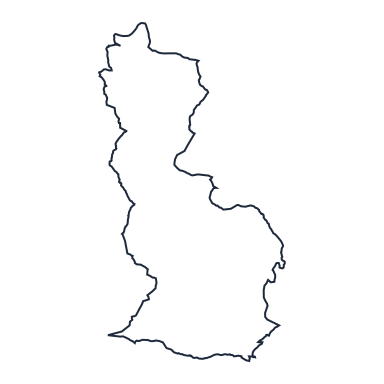 outline of Scarisoara, Alba, Romania
{"feature_id": "2599482B60585043995143", "entity_name": "Scarisoara", "entity_type": "district", "adm_level": 2, "iso_a3": "ROU", "parent_name": "Romania", "parent_adm1": "Alba", "projection": "equal_earth", "projection_center": [22.873, 46.485], "detail": "fine", "context": "isolated", "style": "outline", "palette": "slate", "viewbox_px": 384, "rotation_deg": 0, "n_neighbors": 0, "source": "geoboundaries", "source_scale": "gbopen_adm2", "svg_char_len": 6017}
<svg xmlns="http://www.w3.org/2000/svg" viewBox="0 0 384 384"><path d="M249.2,361.0L249.8,358.2L249.0,356.4L252.8,356.5L252.9,357.0L253.8,357.2L254.3,356.9L255.0,357.2L254.9,356.7L252.7,356.2L252.8,355.6L252.5,354.8L252.6,353.5L253.2,351.5L255.2,349.0L257.1,347.6L258.6,345.8L260.3,344.5L261.3,344.2L262.0,343.5L262.4,342.2L261.0,342.1L259.3,342.3L258.2,342.1L259.9,340.5L262.3,339.3L264.3,337.3L266.5,335.6L266.4,334.9L266.7,334.8L268.1,335.1L268.9,335.7L269.2,335.3L269.5,334.1L270.7,332.0L273.7,329.4L274.7,328.0L275.6,327.3L276.5,327.1L279.1,325.4L267.4,319.6L265.4,317.3L265.2,316.5L265.1,312.9L266.4,309.3L267.0,307.2L267.6,306.0L267.0,303.4L266.2,302.4L264.5,299.1L263.8,297.3L263.7,290.1L264.5,285.6L266.3,283.6L268.1,279.9L270.7,282.3L274.1,281.9L274.5,281.5L274.4,280.3L275.2,277.3L275.2,275.0L273.3,270.7L272.7,270.3L272.7,269.4L275.1,265.9L276.2,263.4L277.1,263.0L278.1,262.9L278.8,263.1L279.6,265.6L279.5,267.4L279.9,267.8L282.4,268.4L283.3,267.9L283.7,267.2L283.8,264.7L284.7,263.7L284.8,262.0L284.0,261.0L282.7,260.6L281.8,259.6L281.6,258.6L281.7,257.6L282.3,256.9L281.6,254.7L281.6,253.9L281.0,252.6L281.5,251.3L281.4,250.9L281.6,250.5L281.7,248.6L283.1,246.0L282.7,244.6L281.2,241.4L278.6,238.1L275.5,234.6L273.3,233.2L272.4,231.3L271.6,230.4L271.4,229.3L270.0,227.9L269.1,225.7L268.8,223.8L267.6,223.1L266.4,220.4L265.4,220.0L263.6,217.5L263.8,216.4L263.5,214.9L262.8,214.5L262.5,213.9L261.5,214.0L261.0,213.6L260.7,212.9L259.2,211.2L259.1,210.0L256.9,208.1L255.7,207.9L253.8,206.3L250.5,205.4L245.5,206.7L241.1,206.3L238.3,205.0L237.2,205.0L230.8,208.8L223.4,209.6L220.7,207.6L219.4,207.5L217.5,205.6L216.3,205.7L214.2,204.1L212.3,203.3L209.8,198.7L209.6,197.3L210.4,194.7L211.1,191.7L211.7,191.1L213.2,188.8L214.3,188.0L216.3,187.9L215.0,187.1L213.5,186.5L213.1,185.8L213.1,185.0L212.8,184.8L212.5,183.5L211.2,180.9L210.1,179.6L211.4,178.5L212.1,177.2L210.6,176.7L208.7,175.6L198.1,174.4L192.2,175.4L190.0,174.5L189.1,173.7L187.7,173.4L185.4,172.0L182.7,170.9L179.8,170.3L177.2,168.0L174.4,164.9L174.5,162.4L175.1,159.2L177.1,155.0L184.5,151.0L187.7,145.1L194.6,133.5L192.3,132.5L192.1,131.8L190.7,131.0L189.3,129.3L189.5,127.9L189.2,127.5L189.3,125.7L190.0,125.4L190.2,124.8L189.6,119.4L189.7,117.8L190.3,116.0L192.3,114.8L193.7,112.8L193.9,109.9L196.0,107.1L196.8,105.6L199.3,104.5L200.5,101.9L203.1,99.8L205.9,95.8L205.8,95.4L208.2,92.5L207.5,91.0L206.6,89.8L205.3,89.6L202.8,86.4L201.5,85.9L200.3,85.1L199.3,82.9L198.8,80.1L199.5,79.2L200.5,76.4L199.2,74.7L198.2,72.0L197.6,68.1L197.6,67.1L197.0,65.9L196.5,63.5L197.2,62.1L198.5,60.8L195.4,59.9L190.0,59.3L189.3,59.2L187.9,58.0L184.1,57.5L182.2,56.5L180.3,54.7L178.2,54.2L176.7,53.5L175.4,53.3L163.3,53.4L160.0,53.0L157.9,52.3L154.8,50.6L153.9,50.5L153.0,50.9L152.4,50.6L148.3,47.0L149.9,42.7L149.9,40.3L148.9,37.1L148.6,33.6L146.0,25.2L145.4,23.8L145.0,23.4L141.5,23.0L140.3,23.5L138.7,24.6L137.7,25.6L136.3,28.4L134.5,30.7L132.3,33.2L129.5,35.4L127.6,35.9L123.1,36.1L119.8,35.4L115.6,34.0L114.7,34.5L114.0,35.6L114.4,38.1L114.1,39.6L115.0,42.9L120.5,45.8L117.4,44.8L115.7,44.6L110.3,45.8L108.8,45.7L108.5,46.9L107.5,46.8L106.6,48.2L106.3,49.1L107.6,52.0L107.3,55.7L108.3,60.3L108.1,62.1L109.3,66.6L111.1,68.0L111.7,70.4L109.2,70.5L105.8,69.3L104.4,69.3L103.8,69.5L101.4,71.6L99.2,72.3L99.2,72.8L100.4,75.0L99.7,76.3L101.7,77.4L103.6,79.9L104.8,82.0L104.9,83.4L104.7,83.7L104.7,84.5L106.4,85.8L106.3,86.1L104.9,86.4L104.5,86.8L103.9,88.4L103.7,89.9L104.3,91.5L104.3,93.9L105.8,94.7L106.5,96.6L107.2,97.7L107.0,99.6L106.4,101.7L106.8,104.9L114.6,107.9L115.4,113.6L117.3,116.9L119.1,118.7L118.5,121.5L118.9,123.0L120.0,123.0L120.2,123.9L120.0,125.0L120.2,126.5L120.1,127.7L126.4,131.0L126.3,131.3L123.9,132.5L121.9,135.3L121.1,135.9L118.8,138.6L116.6,141.6L115.5,143.9L115.7,144.9L116.1,145.6L115.9,146.3L116.1,147.0L115.9,147.8L116.4,148.6L115.8,149.4L114.1,150.2L113.1,151.2L113.1,152.9L112.3,154.1L111.9,156.2L112.0,157.2L111.5,158.2L111.6,160.5L111.3,161.0L109.7,161.5L109.5,164.7L110.1,165.6L111.7,166.6L114.8,171.0L116.4,172.0L117.8,174.0L118.3,174.2L118.5,177.2L119.7,179.7L119.4,180.1L119.1,182.1L119.9,182.8L120.6,182.6L121.4,183.9L121.0,185.2L121.6,186.2L123.3,187.7L123.9,189.1L125.8,191.3L125.9,192.3L127.0,194.3L127.4,195.7L129.9,200.3L130.4,200.8L131.8,201.3L132.3,202.3L133.4,203.4L134.4,203.8L134.3,204.8L132.4,206.0L131.8,206.9L130.9,207.7L130.2,209.8L129.2,211.6L128.8,213.4L128.6,215.5L128.2,215.8L128.6,217.0L127.9,219.4L127.8,222.0L127.5,224.1L126.3,225.9L125.4,226.6L125.3,227.5L124.7,228.2L124.2,230.8L123.5,232.8L122.5,233.3L122.0,233.9L122.5,234.2L125.0,240.8L127.4,253.5L130.7,254.7L131.7,255.8L132.6,255.9L132.3,257.1L132.4,258.3L133.1,258.8L134.3,260.8L134.8,261.8L134.9,263.0L136.7,264.3L141.0,264.7L142.5,265.7L145.4,267.2L146.7,268.5L147.8,269.2L147.5,270.5L147.2,274.6L150.3,276.0L152.6,277.6L154.4,277.7L155.8,278.3L156.4,281.9L156.4,283.8L155.7,285.7L155.6,288.2L152.2,291.5L147.4,295.2L148.6,297.3L148.9,299.3L145.1,300.6L143.4,301.0L143.0,301.3L142.3,303.5L140.7,306.7L139.9,307.9L136.0,315.4L134.5,316.2L132.4,316.5L131.8,316.8L131.9,318.4L132.3,319.8L130.0,321.7L129.6,325.4L121.8,331.5L107.9,335.2L120.1,336.6L123.3,336.4L129.3,339.3L129.7,339.9L131.4,340.8L132.4,341.0L134.8,343.0L134.9,342.5L135.9,341.1L136.9,340.6L138.0,341.0L139.1,341.0L142.6,339.8L148.4,340.1L149.4,340.7L151.3,341.2L154.4,341.0L155.2,340.5L158.3,340.8L160.1,341.3L162.9,342.4L166.4,347.9L166.8,348.2L170.6,349.3L172.2,350.3L172.6,351.1L173.5,351.6L173.9,352.3L177.9,353.6L178.5,353.2L181.2,354.3L182.2,354.1L183.8,355.0L186.5,355.5L188.4,355.8L189.3,355.3L189.8,355.3L190.7,355.6L190.7,356.0L191.2,355.9L193.3,357.8L194.8,357.9L196.9,357.5L199.2,358.6L202.6,358.8L204.6,358.4L204.7,358.2L206.9,358.0L208.8,357.2L210.1,357.0L213.9,355.0L216.1,354.4L217.9,354.3L221.0,355.1L222.3,355.0L223.8,354.4L225.7,354.2L227.5,354.8L229.7,354.3L230.1,354.4L230.4,354.9L232.0,355.0L233.1,355.4L234.0,356.4L238.3,355.7L241.5,356.3L241.6,357.6L245.1,359.7L247.0,360.6L248.0,360.6L249.2,361.0Z" fill="none" stroke="#1e293b" stroke-width="2"/></svg>